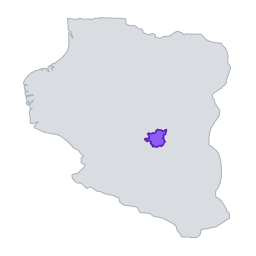 Toro, Bauchi, Nigeria shown in context, rotated 89°
{"feature_id": "59680162B15165581574851", "entity_name": "Toro", "entity_type": "district", "adm_level": 2, "iso_a3": "NGA", "parent_name": "Nigeria", "parent_adm1": "Bauchi", "projection": "natural_earth1", "projection_center": [9.239, 10.35], "detail": "fine", "context": "in_parent", "style": "filled", "palette": "violet", "viewbox_px": 256, "rotation_deg": 89, "n_neighbors": 0, "source": "geoboundaries", "source_scale": "gbopen_adm2", "svg_char_len": 6671}
<svg xmlns="http://www.w3.org/2000/svg" viewBox="0 0 256 256"><g transform="rotate(89 128 128)"><path d="M219.8,28.0L228.3,41.5L230.1,51.6L230.9,56.6L232.3,57.1L234.9,57.4L236.8,58.4L238.0,60.1L238.7,61.6L238.8,62.5L238.3,68.5L237.7,70.7L238.1,73.7L238.0,75.0L237.7,75.8L236.5,76.8L234.9,77.8L231.1,80.7L230.0,81.1L228.4,81.2L227.0,81.9L225.3,83.4L221.8,89.2L218.7,95.0L216.5,104.4L213.9,107.3L213.4,109.9L213.0,115.7L212.6,117.5L212.1,118.0L209.2,119.1L207.6,120.5L206.6,123.1L205.3,132.1L204.9,133.6L203.9,135.2L202.5,136.9L201.2,137.8L197.9,138.4L194.7,145.2L194.7,146.4L193.3,152.5L190.9,157.2L190.7,160.1L187.7,164.2L186.1,167.0L187.7,169.9L187.8,170.4L182.6,175.3L182.3,176.0L182.1,179.4L181.7,180.3L180.7,181.6L179.3,182.9L177.9,184.0L176.2,184.7L174.7,185.0L173.8,184.6L173.3,183.6L172.4,179.4L172.0,178.5L171.0,177.7L166.9,173.1L164.5,171.5L164.0,171.6L163.5,172.1L162.9,174.4L162.2,175.2L160.9,175.5L158.6,175.5L157.0,175.2L156.6,174.8L155.9,173.0L150.9,177.1L149.1,178.1L146.9,183.0L143.7,185.4L141.5,187.6L135.7,194.3L134.5,196.2L133.4,199.2L130.9,211.8L126.8,219.7L126.3,221.3L126.1,221.3L125.5,222.0L124.0,221.5L123.3,220.1L122.3,219.8L120.7,217.7L120.3,218.0L122.1,223.5L121.4,225.6L116.5,225.6L112.2,226.4L109.3,226.3L107.8,225.5L107.2,223.5L106.9,223.7L106.8,224.8L105.9,225.7L102.6,225.8L101.2,224.4L100.0,222.9L98.7,222.2L98.9,222.8L100.4,224.3L100.2,226.5L97.6,229.1L95.9,229.2L94.8,228.1L94.3,226.3L94.0,223.7L93.4,222.0L93.0,222.0L93.4,224.8L93.4,227.5L94.7,229.6L92.8,230.2L90.5,230.3L90.2,229.5L89.9,227.8L89.5,227.4L89.0,230.3L84.3,231.1L83.6,231.0L83.4,230.4L83.8,229.6L83.7,228.3L82.7,229.3L82.5,231.3L81.9,231.6L80.1,231.4L78.1,230.3L74.9,227.8L71.0,223.7L70.4,221.8L69.2,219.5L67.2,213.3L67.6,213.0L68.5,213.3L68.9,212.7L67.3,212.3L67.0,211.8L66.8,210.5L66.9,208.8L69.4,207.9L70.0,206.8L70.3,205.8L67.3,207.4L64.4,205.6L63.8,204.5L64.1,203.7L67.4,203.6L68.6,202.8L67.9,202.6L66.6,202.6L66.1,202.1L66.2,200.8L65.8,201.1L65.2,202.2L63.3,203.0L62.2,202.2L62.1,200.3L61.8,199.5L60.9,198.8L57.5,193.9L53.3,189.8L49.5,186.9L43.8,185.6L31.9,185.6L31.3,185.2L32.0,184.6L33.0,184.2L36.9,181.9L36.2,181.6L32.3,183.0L30.9,183.1L29.1,185.9L17.4,186.5L17.4,185.2L18.0,181.6L18.7,179.1L17.9,176.1L17.7,173.3L18.2,172.4L18.4,171.4L18.3,164.3L18.9,163.3L19.0,162.6L17.7,159.6L17.8,157.3L17.6,155.0L17.2,154.0L17.7,145.4L17.5,143.3L17.9,141.7L18.1,138.0L18.1,134.4L18.9,128.6L23.9,127.9L25.2,125.6L25.9,122.8L25.7,119.9L27.3,117.5L29.3,115.3L29.2,112.9L29.8,112.1L30.7,111.6L32.0,111.3L33.5,110.1L34.4,108.0L35.2,104.6L33.9,102.3L34.0,101.8L34.4,100.5L35.2,99.2L35.9,98.8L37.3,99.2L37.8,98.7L38.7,95.0L38.7,94.0L37.3,91.5L36.6,84.8L36.2,83.9L35.2,82.6L32.4,77.9L32.5,75.7L33.7,72.8L34.4,71.4L35.5,70.7L35.7,70.0L35.4,69.2L34.9,68.6L34.8,67.3L35.3,65.5L35.2,63.5L35.5,53.4L37.8,51.4L41.1,48.1L42.8,44.6L43.7,42.0L44.9,33.3L46.6,32.4L49.9,29.2L54.5,27.4L57.4,26.8L62.5,27.2L65.1,26.9L67.4,25.1L68.4,24.6L69.8,24.4L82.5,28.9L83.7,28.7L84.7,29.0L86.3,30.2L90.0,34.4L94.0,40.9L95.2,42.3L96.4,43.1L97.7,43.3L98.6,43.2L99.6,42.6L100.8,41.4L102.7,40.8L104.2,40.9L112.2,35.9L113.0,35.9L117.9,36.9L124.5,41.9L130.0,45.2L133.8,46.3L138.3,47.1L146.0,47.3L151.8,40.3L153.9,38.8L156.5,37.4L161.9,36.1L170.8,35.2L179.2,35.6L184.4,36.8L189.9,39.1L192.3,41.3L196.0,41.6L198.7,41.2L199.6,39.0L202.2,36.2L206.2,33.5L209.5,31.7L212.2,30.8L214.6,28.7L216.5,28.1L219.8,28.0ZM102.9,228.6L101.1,229.3L99.9,229.1L101.5,226.3L102.4,226.9L103.4,227.1L102.9,228.6Z" fill="#d9dde1" stroke="#a8b0b8" stroke-width="1"/><path d="M131.2,99.9L131.3,100.0L131.6,100.1L131.8,100.2L132.2,100.4L132.7,100.3L133.1,100.4L133.3,100.5L133.5,100.9L133.6,101.0L133.8,101.4L133.7,101.7L133.7,101.8L133.5,102.2L133.4,102.3L133.4,102.7L133.4,102.8L133.3,103.1L133.3,103.4L133.4,103.6L133.6,103.6L133.9,103.8L134.0,103.9L134.1,104.0L134.2,104.4L134.2,104.6L134.1,104.8L134.1,105.0L134.1,105.3L134.0,105.7L134.0,105.8L133.7,106.1L133.5,107.4L133.5,107.5L133.7,107.8L133.9,108.0L134.2,108.4L134.6,108.3L134.6,108.1L134.6,107.9L134.7,107.7L134.7,107.4L134.8,107.4L135.0,107.6L135.3,107.7L135.5,107.7L135.9,107.6L136.0,107.6L136.4,107.4L136.5,107.2L136.8,106.9L137.0,106.8L137.2,107.0L137.3,107.0L137.5,107.1L138.0,107.3L138.2,107.2L138.5,107.0L138.9,107.0L139.1,107.2L139.3,107.4L139.3,107.5L138.6,107.7L138.9,111.1L139.2,111.4L139.6,111.4L139.9,111.3L139.8,111.0L140.1,110.7L140.1,110.4L140.4,110.3L140.6,110.2L140.9,110.2L141.1,110.2L141.5,110.0L141.5,109.9L141.5,109.3L141.5,109.2L141.4,108.9L141.3,108.7L141.2,108.5L141.3,108.5L141.2,108.4L141.3,108.3L141.3,108.2L141.2,108.0L141.3,108.0L141.3,107.9L141.3,107.7L141.2,107.8L141.2,107.6L141.3,107.5L141.3,107.4L141.3,107.2L141.4,106.9L141.4,106.6L141.5,106.4L141.7,106.2L141.7,105.9L141.8,105.6L141.9,105.4L142.0,105.3L142.4,104.9L142.5,104.8L142.8,104.9L142.9,105.0L143.0,105.3L143.2,105.2L143.3,105.3L143.5,105.4L143.6,105.5L143.9,105.5L144.0,105.6L144.3,104.8L144.5,104.8L144.8,104.6L145.2,104.7L145.4,104.3L145.7,104.1L145.8,104.0L145.8,103.9L145.8,103.7L145.7,103.5L145.7,103.4L145.8,103.4L146.0,103.7L146.0,103.8L146.2,104.0L146.7,103.7L146.3,103.6L146.1,103.4L145.9,103.1L146.0,102.9L146.3,102.9L146.7,102.8L146.6,102.7L146.7,102.4L146.7,102.1L146.8,102.0L146.8,101.8L147.1,101.5L147.2,101.4L147.4,101.2L147.5,101.1L147.5,100.9L147.5,100.7L147.4,100.5L147.4,100.4L147.3,100.2L147.2,100.1L147.2,99.9L147.2,99.7L147.3,99.5L147.4,99.4L147.4,99.2L147.5,98.9L147.5,98.7L147.4,98.7L147.3,98.4L147.2,98.3L146.8,98.2L146.7,98.2L146.5,97.8L146.5,97.6L146.4,97.3L146.3,97.0L146.2,96.9L146.2,96.7L146.3,96.5L146.2,96.5L146.2,96.4L146.2,96.2L146.0,95.9L146.4,95.6L146.4,95.4L146.6,95.1L146.9,94.9L146.6,94.5L146.4,94.3L146.1,94.1L145.8,93.8L145.8,93.3L145.6,93.2L145.2,93.0L142.9,91.7L142.3,91.1L142.2,91.2L142.1,91.3L141.9,91.4L141.9,91.5L141.7,91.6L141.3,91.8L141.2,91.9L141.2,92.0L140.9,92.0L140.7,92.0L140.4,92.0L140.2,92.1L140.0,92.3L139.9,92.4L139.7,92.4L139.7,92.5L139.3,92.6L139.2,92.7L139.1,92.8L138.9,92.9L138.8,93.0L138.7,93.0L138.5,92.9L138.5,93.0L138.4,92.9L138.4,93.0L138.2,93.0L137.5,92.7L137.1,92.6L136.6,92.6L136.3,92.5L135.9,92.5L135.6,92.3L135.2,92.1L135.4,91.3L135.0,91.0L135.0,90.6L134.3,90.6L134.0,90.7L133.9,90.7L133.3,90.3L132.9,90.0L132.7,90.0L131.1,89.6L130.8,89.6L130.3,89.7L130.3,90.2L130.5,90.5L130.6,90.9L130.8,91.1L131.3,91.5L131.5,91.8L131.5,92.0L131.8,92.5L131.9,92.8L131.9,93.0L131.8,93.4L131.3,93.5L130.5,95.1L130.8,95.9L130.6,96.3L130.6,96.7L130.4,96.9L130.4,97.0L130.4,97.4L130.5,97.7L130.4,97.9L130.2,98.0L130.0,98.3L129.9,98.5L130.1,98.6L130.2,98.8L130.3,98.8L130.5,98.9L130.8,99.2L130.8,99.3L130.7,99.3L130.8,99.3L130.8,99.5L131.0,99.6L131.1,99.8L131.2,99.9Z" fill="#8b5cf6" stroke="#5b21b6" stroke-width="1.5"/></g></svg>